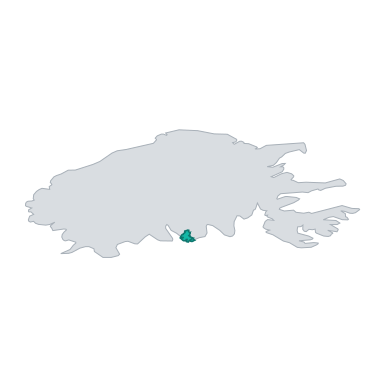 Fjallabyggð, Norðurland eystra, Iceland (highlighted), rotated 178°
{"feature_id": "244011B2207988314752", "entity_name": "Fjallabyggð", "entity_type": "district", "adm_level": 2, "iso_a3": "ISL", "parent_name": "Iceland", "parent_adm1": "Norðurland eystra", "projection": "robinson", "projection_center": [-18.797, 66.047], "detail": "fine", "context": "in_parent", "style": "filled", "palette": "teal", "viewbox_px": 384, "rotation_deg": 178, "n_neighbors": 0, "source": "geoboundaries", "source_scale": "gbopen_adm2", "svg_char_len": 6727}
<svg xmlns="http://www.w3.org/2000/svg" viewBox="0 0 384 384"><g transform="rotate(178 192 192)"><path d="M296.9,141.0L300.4,141.1L306.0,139.8L314.1,135.8L317.5,135.0L325.3,135.0L315.9,138.8L312.5,142.9L309.9,145.0L309.9,145.9L316.8,148.4L320.0,147.6L321.4,147.9L322.7,149.1L323.7,151.5L323.2,154.0L321.3,156.4L318.8,158.5L319.2,159.2L321.3,159.5L332.4,158.3L333.7,161.3L334.8,162.3L334.5,163.3L330.2,166.6L335.3,164.5L339.4,164.0L346.5,165.0L349.5,166.2L351.3,168.2L354.7,167.6L356.4,168.8L356.5,170.0L355.1,173.5L351.0,175.2L353.6,177.7L355.7,177.8L356.1,178.4L355.9,179.9L352.7,181.6L358.2,183.5L358.9,184.3L358.6,186.5L357.8,187.7L356.2,188.5L352.4,188.6L350.0,189.4L350.9,190.9L350.3,194.8L347.4,198.0L344.6,199.8L341.8,200.9L334.1,199.6L334.5,202.4L331.8,204.1L332.3,205.5L333.3,206.3L332.9,208.1L329.5,211.9L327.0,213.1L322.1,214.6L315.0,218.1L307.8,218.0L290.1,223.0L283.1,225.7L270.6,233.7L265.3,235.8L256.2,236.8L228.9,242.0L225.8,245.2L225.7,245.8L226.9,247.1L224.8,249.3L220.7,250.9L218.7,250.9L215.3,249.5L214.9,250.2L216.3,251.9L202.8,254.6L184.2,253.1L167.8,249.3L154.7,248.5L145.6,243.1L145.4,242.2L146.4,240.6L149.7,239.9L148.1,238.2L142.5,241.1L140.7,241.0L138.4,239.8L138.3,238.7L133.7,238.3L125.8,234.8L125.2,234.1L127.1,232.9L126.8,232.7L122.4,232.9L116.1,236.0L78.7,237.3L77.4,235.6L76.1,229.4L77.5,226.8L79.0,227.0L83.3,230.6L93.3,228.6L97.4,227.3L101.2,223.9L103.4,222.8L106.6,218.5L109.7,215.9L116.0,214.7L110.4,213.9L100.9,217.3L97.8,217.3L99.3,215.8L102.5,214.1L100.3,214.0L99.5,213.3L99.4,211.7L101.1,209.1L112.3,204.5L109.7,203.6L102.0,207.1L96.4,208.3L91.8,206.7L89.7,204.6L89.9,203.6L92.6,200.9L92.2,200.4L90.4,200.1L85.5,197.6L77.7,197.8L58.5,196.4L43.9,199.9L40.4,198.2L37.7,194.8L38.3,193.4L40.9,192.6L48.0,192.7L58.5,191.1L63.3,189.1L65.2,189.6L66.0,190.6L72.5,189.0L76.0,187.3L81.7,188.1L103.5,187.2L106.3,185.0L107.5,182.3L107.0,181.8L99.0,184.2L97.2,184.2L88.0,182.9L84.7,181.4L85.8,180.3L90.8,177.7L103.4,173.5L105.1,172.6L105.3,171.6L100.4,169.8L91.1,170.3L88.8,168.1L81.1,166.9L75.9,167.7L73.2,166.4L42.5,173.2L32.7,170.0L25.7,169.5L25.1,168.5L29.4,165.6L32.2,165.0L35.0,165.3L40.3,167.4L44.0,168.0L39.5,165.0L39.4,162.0L38.0,161.3L36.6,159.3L37.3,158.7L42.8,159.1L51.6,162.5L56.0,161.9L61.8,159.7L49.1,158.5L45.3,155.8L48.1,154.4L54.7,154.6L47.5,150.0L47.2,149.2L48.5,147.2L57.7,149.0L52.9,146.3L52.8,145.6L54.2,145.1L55.0,143.5L57.4,142.8L61.9,143.4L69.0,146.5L70.0,147.4L70.2,150.6L73.0,150.1L76.4,150.6L79.3,148.4L81.2,148.9L82.6,150.8L82.3,155.1L84.3,153.6L87.6,153.5L88.3,150.0L87.7,147.2L76.9,143.9L72.7,141.6L73.2,140.8L75.3,140.1L86.8,139.5L81.9,138.1L80.8,136.7L72.1,137.2L67.7,136.6L67.7,135.9L69.4,134.8L74.8,132.6L84.7,132.4L88.7,133.0L96.3,137.9L102.4,139.8L112.6,146.4L119.2,148.9L119.5,149.6L118.4,150.3L115.8,151.2L119.7,152.3L122.0,154.0L122.2,154.8L119.9,160.0L117.4,161.8L111.3,160.8L112.7,162.4L117.0,164.2L118.0,165.2L117.3,166.2L119.4,165.9L120.1,166.5L119.0,169.5L117.9,170.6L121.6,171.2L124.1,172.6L127.0,178.7L128.7,174.0L129.6,172.3L131.2,171.7L133.0,167.0L137.2,164.2L141.0,163.1L145.0,166.4L147.8,166.7L150.9,160.9L151.3,156.7L150.5,152.0L151.1,148.6L153.0,146.6L155.6,146.0L161.1,148.0L165.6,152.7L172.5,157.7L177.3,159.0L178.1,158.8L179.0,157.2L178.4,150.5L180.6,147.0L186.3,146.1L194.9,142.8L196.9,142.7L201.1,144.6L208.8,151.3L214.2,154.4L217.0,159.4L218.3,160.4L219.5,158.8L219.6,156.6L213.0,146.3L212.9,144.9L213.5,143.7L225.3,144.3L228.0,145.4L236.2,151.3L240.2,148.9L248.2,142.0L250.9,142.2L257.7,145.0L260.5,144.8L268.4,142.2L270.0,139.0L266.5,132.4L267.9,131.0L275.2,129.4L283.2,129.7L291.6,135.9L292.0,138.7L296.9,141.0Z" fill="#d9dde1" stroke="#a8b0b8" stroke-width="1"/><path d="M196.9,154.0L197.0,154.0L197.3,154.0L197.8,154.1L198.0,154.0L198.3,153.9L198.9,153.6L199.2,153.6L199.3,153.6L199.5,153.4L199.8,153.3L200.6,153.3L200.7,153.1L200.7,152.9L200.5,152.7L200.4,152.6L200.5,152.5L200.5,152.4L200.7,152.2L200.7,151.9L200.5,151.7L200.8,151.5L200.8,151.4L201.0,151.2L201.3,151.0L201.6,150.9L201.9,150.8L201.9,150.7L202.3,150.3L202.3,150.2L202.2,150.0L202.2,149.9L202.5,149.8L202.8,149.8L203.1,149.8L203.4,149.7L203.5,149.7L203.7,149.4L203.8,149.2L204.0,149.1L204.1,148.9L204.2,148.7L204.3,148.5L204.3,148.4L204.5,148.3L204.7,148.2L204.8,147.8L204.8,147.7L205.0,147.4L205.3,147.0L205.3,146.9L205.3,146.7L205.4,146.4L205.2,146.2L205.1,146.3L204.8,146.3L204.7,146.4L204.2,146.5L203.9,146.7L203.7,146.7L203.5,146.8L203.2,146.8L202.9,146.9L203.0,146.9L202.9,147.0L203.0,146.9L203.0,147.0L202.9,147.0L202.7,147.0L202.8,147.0L202.9,146.9L202.7,146.9L202.6,147.0L202.5,146.9L202.4,146.7L202.7,146.5L202.8,146.4L203.2,146.2L203.4,146.1L203.5,146.0L203.9,145.8L203.9,145.7L204.0,145.7L204.1,145.4L204.1,145.2L203.9,145.1L203.7,144.9L203.5,144.7L203.3,144.5L203.2,144.4L203.0,144.2L202.9,144.1L202.7,143.9L202.4,143.8L202.2,143.8L202.1,143.6L201.9,143.6L201.6,143.5L201.2,143.5L200.4,143.7L200.3,143.8L200.2,143.9L200.0,144.0L199.9,144.1L199.7,144.2L199.6,144.3L199.4,144.4L199.4,144.5L199.3,144.8L198.9,144.8L198.5,144.8L198.5,144.7L198.7,144.4L198.8,144.2L198.9,143.9L198.9,143.7L199.2,143.5L199.5,143.2L199.5,142.9L199.4,142.9L199.3,142.7L198.9,142.4L198.7,142.3L198.4,142.3L198.0,142.2L197.7,142.2L197.1,142.1L196.8,142.2L196.6,142.2L196.8,142.2L197.0,142.3L197.0,142.5L196.9,142.8L196.8,143.0L196.7,143.2L196.6,143.3L196.5,143.5L196.4,143.6L196.2,143.7L196.2,143.8L195.8,144.0L195.6,144.2L195.4,144.3L195.2,144.4L194.8,144.6L194.7,144.6L194.8,144.4L195.0,144.3L195.1,144.2L194.9,144.2L195.0,144.1L195.3,144.0L195.2,144.0L195.3,144.0L195.3,143.9L195.2,143.9L195.3,143.9L195.2,143.9L195.2,143.7L195.3,143.4L195.2,143.2L195.0,142.8L194.9,142.8L194.7,142.7L194.4,142.6L194.2,142.6L193.9,142.6L193.7,142.5L193.2,142.7L193.1,142.8L192.9,142.9L192.6,142.9L192.5,143.0L192.4,143.0L192.2,143.2L192.0,143.3L191.9,143.3L191.7,143.4L191.7,143.5L191.3,143.6L191.2,143.6L190.9,143.7L191.8,144.4L192.0,144.4L192.1,144.5L192.3,144.6L192.3,144.8L192.2,144.9L192.1,145.0L192.2,145.3L192.1,145.5L192.4,145.7L192.5,145.7L192.4,145.8L192.5,145.8L192.8,146.0L193.0,146.0L192.9,146.1L193.0,146.2L193.0,146.3L193.4,146.4L193.8,146.4L193.8,146.5L194.0,146.6L194.2,146.8L194.3,146.8L194.8,146.9L195.2,147.1L195.4,147.2L195.3,147.3L195.2,147.5L195.3,147.7L195.5,147.7L195.7,147.8L195.9,147.9L196.0,148.0L196.3,148.2L196.5,148.2L196.7,148.5L196.2,148.7L195.9,148.8L195.6,149.0L195.7,149.3L195.8,149.3L195.9,149.5L195.8,149.9L195.7,150.0L195.5,150.3L195.4,150.6L195.4,150.8L195.5,150.9L195.5,151.0L195.4,151.0L195.2,151.0L195.2,151.3L195.3,151.4L195.5,151.7L195.4,151.8L195.5,151.8L195.8,151.9L196.2,152.1L196.3,152.2L196.9,152.5L196.9,153.0L196.9,153.3L196.6,153.6L196.5,153.8L196.8,153.9L196.9,154.0L196.9,154.0Z" fill="#14b8a6" stroke="#0f766e" stroke-width="1.5"/></g></svg>